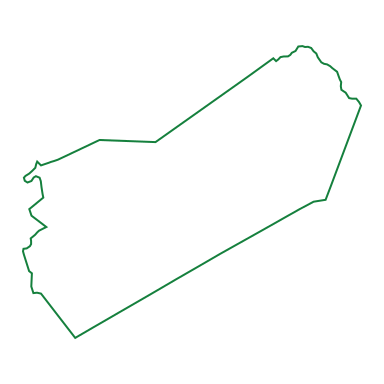 Gonçalves Dias, Maranhão, Brazil
{"feature_id": "56859067B78550029694036", "entity_name": "Gonçalves Dias", "entity_type": "district", "adm_level": 2, "iso_a3": "BRA", "parent_name": "Brazil", "parent_adm1": "Maranhão", "projection": "mercator", "projection_center": [-44.192, -5.155], "detail": "fine", "context": "isolated", "style": "outline", "palette": "green", "viewbox_px": 384, "rotation_deg": 0, "n_neighbors": 0, "source": "geoboundaries", "source_scale": "gbopen_adm2", "svg_char_len": 1175}
<svg xmlns="http://www.w3.org/2000/svg" viewBox="0 0 384 384"><path d="M273.3,58.3L247.7,76.8L155.5,142.1L99.5,140.0L57.9,159.7L53.8,161.1L51.0,161.9L48.7,162.8L46.3,163.6L41.0,165.4L37.2,161.6L36.2,164.1L35.3,167.8L32.0,171.1L29.2,173.6L25.5,175.9L23.9,177.7L24.8,180.8L27.5,182.5L31.4,181.0L33.7,177.5L35.9,176.2L39.6,177.7L40.8,181.2L41.5,187.1L42.6,194.2L43.3,197.6L29.3,209.1L31.5,215.7L46.3,227.0L39.0,230.7L37.2,232.4L35.1,234.8L30.7,238.4L31.1,240.9L31.1,244.1L29.9,246.2L26.7,248.4L23.5,248.8L23.0,251.3L23.9,254.6L29.1,271.1L31.9,273.3L31.3,286.5L33.4,293.1L37.0,292.7L41.0,293.6L75.2,337.9L93.4,327.3L119.5,312.2L151.0,294.0L176.3,279.2L194.9,268.5L219.9,254.0L260.6,231.2L283.6,218.2L299.7,209.1L313.6,201.7L325.6,199.8L330.6,186.7L361.0,105.5L359.0,102.0L356.3,98.7L352.3,98.7L349.1,98.1L345.7,92.7L341.4,89.8L340.8,86.2L341.2,82.1L339.9,79.6L338.6,76.1L337.1,71.8L332.4,68.2L330.2,66.2L327.1,64.4L324.0,63.8L321.3,62.3L317.8,57.3L316.3,53.5L313.6,51.3L311.2,48.0L308.0,46.8L305.0,47.0L302.5,46.1L298.3,46.5L295.5,51.0L291.8,52.8L290.3,54.9L288.0,56.4L283.6,56.5L280.5,57.1L278.2,59.5L276.1,61.1L273.3,58.3Z" fill="none" stroke="#15803d" stroke-width="2"/></svg>